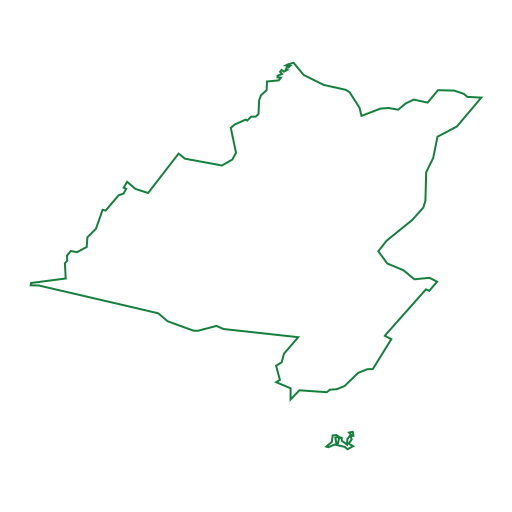 outline of Galway City Central Lea-6, Galway, Ireland
{"feature_id": "5873133B36266904868513", "entity_name": "Galway City Central Lea-6", "entity_type": "district", "adm_level": 2, "iso_a3": "IRL", "parent_name": "Ireland", "parent_adm1": "Galway", "projection": "equal_earth", "projection_center": [-9.064, 53.286], "detail": "fine", "context": "isolated", "style": "outline", "palette": "green", "viewbox_px": 512, "rotation_deg": 0, "n_neighbors": 0, "source": "geoboundaries", "source_scale": "gbopen_adm2", "svg_char_len": 1742}
<svg xmlns="http://www.w3.org/2000/svg" viewBox="0 0 512 512"><path d="M481.3,97.6L467.4,96.9L463.7,93.8L454.3,90.6L438.0,90.2L427.6,102.6L413.7,99.6L405.7,103.4L398.2,109.7L388.6,108.0L380.4,108.6L361.5,115.9L359.5,107.7L349.6,92.2L345.7,89.8L323.9,85.0L303.7,75.0L293.6,62.8L287.9,64.4L285.9,65.4L290.2,65.9L288.4,67.4L287.6,66.4L285.8,69.1L287.3,69.9L283.9,71.7L281.6,69.9L280.0,71.8L282.1,74.0L277.6,75.7L277.5,77.4L280.9,77.7L278.7,80.4L267.0,81.5L266.6,90.2L260.9,95.4L259.1,100.4L258.5,114.0L255.6,116.7L251.1,116.7L247.3,120.5L245.7,119.6L234.5,124.6L230.8,127.9L236.0,152.7L232.4,159.5L221.9,165.5L185.0,158.7L178.6,153.6L148.1,193.0L135.6,189.0L127.1,181.8L123.7,187.7L126.2,188.8L123.5,193.6L118.6,195.3L105.6,210.6L102.6,209.8L96.0,228.7L87.4,237.3L86.7,247.0L77.0,252.2L70.8,251.0L67.0,255.6L67.2,260.8L64.9,263.3L65.7,278.5L31.0,283.0L30.7,285.3L38.8,285.5L158.3,313.3L167.5,321.2L193.2,330.6L197.8,330.8L216.5,325.9L223.4,329.0L298.2,337.2L284.0,353.7L281.6,362.4L276.1,365.7L279.9,379.9L276.2,382.2L290.6,388.3L290.6,399.5L299.4,390.3L326.8,392.2L330.0,389.7L336.7,389.2L344.5,386.1L358.1,372.9L367.4,369.2L372.8,369.1L391.3,339.2L384.9,335.8L386.4,333.9L425.9,289.4L429.3,290.8L437.1,281.7L429.5,277.8L414.4,279.3L403.5,270.3L387.3,263.5L378.3,251.3L386.6,240.7L412.3,219.9L423.3,207.6L425.4,200.8L426.2,172.2L433.2,158.0L437.5,136.7L456.9,126.5L481.3,97.6ZM347.4,439.1L347.0,444.6L341.9,440.8L341.7,437.8L339.0,438.2L338.1,443.1L336.4,443.3L335.3,437.7L339.0,436.8L336.5,435.1L332.7,435.4L331.8,441.9L326.3,446.6L328.4,447.2L334.7,444.5L344.8,446.9L347.5,449.2L353.1,446.2L348.7,443.6L351.7,439.5L350.7,436.3L353.5,435.7L352.7,431.8L349.1,432.6L350.9,434.4L347.4,439.1Z" fill="none" stroke="#15803d" stroke-width="2"/></svg>